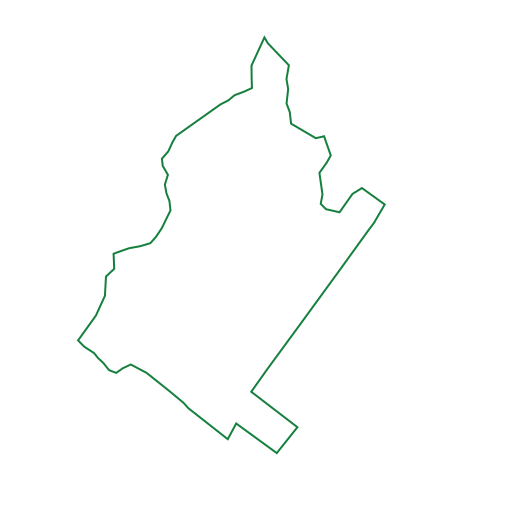 Brochier, Rio Grande do Sul, Brazil, rotated 217°
{"feature_id": "56859067B84298385031191", "entity_name": "Brochier", "entity_type": "district", "adm_level": 2, "iso_a3": "BRA", "parent_name": "Brazil", "parent_adm1": "Rio Grande do Sul", "projection": "orthographic", "projection_center": [-51.611, -29.544], "detail": "fine", "context": "isolated", "style": "outline", "palette": "green", "viewbox_px": 512, "rotation_deg": 217, "n_neighbors": 0, "source": "geoboundaries", "source_scale": "gbopen_adm2", "svg_char_len": 1038}
<svg xmlns="http://www.w3.org/2000/svg" viewBox="0 0 512 512"><g transform="rotate(217 256 256)"><path d="M320.5,79.4L313.5,78.7L304.7,76.4L297.3,78.5L294.8,86.2L290.7,94.0L273.0,96.8L244.0,96.0L225.3,95.1L218.3,93.7L192.6,93.2L168.3,92.7L171.0,110.3L120.8,111.1L119.9,144.2L178.1,144.7L178.9,173.9L179.6,227.4L180.7,295.7L181.7,344.0L181.7,353.3L184.2,374.6L212.3,374.0L216.3,363.7L215.6,341.2L228.3,335.5L235.7,336.6L239.9,345.1L255.4,360.6L255.7,373.0L256.8,381.3L273.7,392.6L279.1,386.1L307.6,382.8L315.7,391.3L323.4,396.2L330.8,408.7L338.2,415.7L344.5,428.1L374.4,433.0L380.8,435.6L374.2,405.4L366.6,395.5L360.3,387.7L364.3,380.3L369.9,371.5L371.7,363.7L375.6,355.7L392.1,303.9L391.1,296.2L389.0,286.7L389.7,277.1L384.8,271.9L375.2,267.8L371.7,258.1L365.0,252.0L358.3,247.9L351.7,240.9L349.9,231.3L348.0,221.7L347.4,211.4L348.1,202.6L354.5,194.0L361.9,186.0L366.1,179.8L371.1,172.1L361.5,160.4L363.5,149.4L352.7,133.3L348.0,112.1L347.3,81.5L338.5,80.2L326.9,81.0L320.5,79.4Z" fill="none" stroke="#15803d" stroke-width="2"/></g></svg>